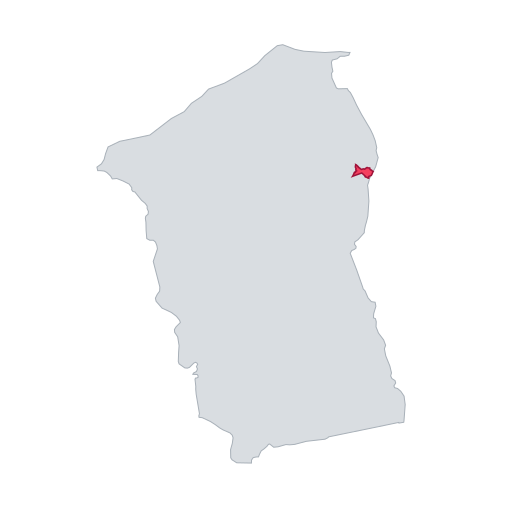 Dormaa West, Brong Ahafo, Ghana (highlighted), rotated 169°
{"feature_id": "2480657B11503231198633", "entity_name": "Dormaa West", "entity_type": "district", "adm_level": 2, "iso_a3": "GHA", "parent_name": "Ghana", "parent_adm1": "Brong Ahafo", "projection": "albers", "projection_center": [-2.874, 6.975], "detail": "fine", "context": "in_parent", "style": "filled", "palette": "rose", "viewbox_px": 512, "rotation_deg": 169, "n_neighbors": 0, "source": "geoboundaries", "source_scale": "gbopen_adm2", "svg_char_len": 5122}
<svg xmlns="http://www.w3.org/2000/svg" viewBox="0 0 512 512"><g transform="rotate(169 256 256)"><path d="M314.4,56.7L318.4,60.5L319.3,62.7L317.9,70.8L315.0,76.6L313.2,81.9L313.5,84.6L315.3,87.3L321.4,91.5L324.5,94.2L328.2,98.3L332.4,102.3L339.7,107.6L342.7,108.5L342.6,110.0L341.6,112.0L341.1,131.7L340.6,136.7L340.0,139.3L339.4,146.6L338.7,147.7L337.3,147.6L336.1,147.9L335.7,149.4L336.3,150.9L340.6,151.9L339.7,153.0L336.5,154.0L335.0,156.3L335.6,158.8L333.9,160.8L334.4,162.2L335.6,163.2L337.4,162.8L342.5,159.4L344.6,159.0L347.2,159.7L352.1,164.8L352.4,167.3L350.4,176.0L348.6,182.7L348.3,191.6L350.4,196.6L350.1,199.4L347.9,201.8L342.9,205.2L343.3,207.6L345.6,212.0L349.9,216.8L358.2,222.8L362.7,230.6L362.8,233.8L360.3,237.1L357.3,239.9L356.3,243.9L357.9,270.3L351.4,281.8L351.3,285.1L352.0,288.9L353.8,291.1L357.2,291.7L359.9,293.9L359.0,302.0L357.6,310.2L357.4,314.2L356.6,316.1L354.0,317.6L353.1,320.2L353.8,323.4L353.3,325.8L354.7,328.8L357.8,332.6L362.7,342.0L364.5,342.8L365.4,344.7L364.9,346.7L366.8,350.8L372.2,355.0L377.8,358.6L382.4,359.1L383.5,362.3L386.5,366.5L388.7,368.3L392.2,369.4L395.1,370.0L395.2,373.6L390.1,376.0L386.7,379.7L384.1,385.2L380.4,391.3L367.8,394.6L363.0,394.6L337.1,395.0L312.9,407.1L298.9,411.4L290.3,418.2L278.8,423.0L270.7,428.9L253.9,431.7L226.4,441.0L217.8,444.6L209.1,451.0L195.0,458.4L189.4,458.3L178.3,451.4L169.9,447.9L149.5,442.6L134.3,440.6L126.9,438.3L124.9,437.9L126.6,435.4L130.8,435.2L135.3,436.0L138.7,434.1L143.7,433.8L145.0,431.8L145.4,426.8L145.3,422.7L147.0,420.9L147.5,416.2L145.0,405.6L143.3,404.4L134.4,402.9L133.8,400.8L132.2,398.5L130.5,393.1L128.5,385.0L125.4,374.9L119.5,358.3L118.0,352.4L117.0,346.4L116.8,339.3L118.0,336.6L117.8,333.0L117.3,329.3L121.5,320.8L129.7,310.5L131.5,306.8L133.0,304.2L133.2,300.4L134.7,288.4L138.6,273.8L141.1,268.3L142.7,265.3L144.7,260.5L145.3,258.2L152.8,252.5L156.3,251.0L157.1,248.7L155.9,246.3L156.4,244.6L158.2,243.7L161.0,243.1L163.0,240.7L159.8,222.8L157.2,204.9L157.1,203.3L155.6,200.9L154.0,193.5L151.5,189.2L147.9,187.9L147.9,183.8L151.5,176.9L152.5,172.9L150.7,171.7L150.5,168.5L151.7,163.5L151.1,160.3L150.5,157.0L146.7,149.2L145.8,143.6L147.7,140.4L147.7,133.3L145.6,122.4L145.3,115.4L146.7,112.6L146.0,109.8L143.3,107.2L143.1,104.7L145.4,102.2L145.1,100.3L142.3,98.9L139.7,95.6L137.4,90.2L137.9,81.7L142.2,65.9L142.7,64.6L147.6,64.7L147.6,65.4L162.7,65.2L179.9,65.0L200.5,64.8L219.2,64.6L220.1,63.9L223.2,63.0L242.1,64.5L253.9,63.7L258.9,64.2L262.6,65.2L270.7,64.5L275.1,64.9L278.4,68.8L279.7,68.8L281.6,67.1L284.8,65.2L288.1,63.7L290.5,60.6L291.9,58.3L294.1,58.7L297.2,58.6L299.3,56.6L300.0,53.6L314.4,56.7Z" fill="#d9dde1" stroke="#a8b0b8" stroke-width="1"/><path d="M140.6,326.5L140.6,326.4L140.8,326.4L140.9,326.2L141.0,326.0L140.9,325.9L140.8,325.7L141.0,325.4L141.2,325.2L141.3,325.1L141.4,324.9L141.4,324.7L141.5,324.4L141.5,324.2L141.4,324.1L141.3,323.9L141.3,324.0L141.3,323.8L141.4,323.7L141.3,323.3L141.2,323.2L141.1,322.9L141.1,322.7L141.3,322.4L141.3,322.2L141.5,322.0L141.5,321.8L141.4,321.8L141.4,321.7L141.5,321.7L141.5,321.4L141.5,321.2L141.4,321.0L141.4,320.9L141.5,320.7L141.4,320.6L141.5,320.6L141.5,320.4L141.6,320.2L141.8,320.0L141.8,319.9L142.0,319.8L142.1,319.7L142.1,319.8L142.1,319.7L142.3,319.7L142.3,319.8L142.4,319.7L142.5,319.7L142.7,319.4L142.8,319.4L143.0,319.4L143.3,319.4L143.4,319.2L143.5,319.1L143.6,318.9L143.8,318.8L143.8,318.7L144.0,318.6L144.0,318.4L144.2,318.2L144.3,318.0L144.3,317.9L144.5,317.7L144.6,317.4L144.9,317.2L144.8,316.9L145.0,316.8L145.1,316.7L145.2,316.4L145.3,316.3L145.5,316.3L145.7,316.2L145.8,316.1L145.9,315.9L146.0,315.8L144.8,316.0L136.3,317.3L133.5,313.5L133.6,313.3L133.8,313.1L133.7,312.9L133.4,312.6L133.2,312.5L132.9,312.5L132.7,312.4L132.4,312.2L132.2,312.1L132.1,311.9L131.8,311.9L131.6,311.8L131.4,311.7L131.4,311.4L131.3,311.1L131.0,311.0L130.5,310.9L130.3,311.0L130.1,312.6L129.1,312.7L128.4,313.0L127.4,313.1L126.9,313.7L125.4,315.9L125.4,316.1L125.2,316.3L124.8,316.7L125.2,317.0L125.3,317.1L125.7,317.4L125.8,317.5L126.0,317.7L126.2,318.0L126.2,318.3L126.3,318.4L126.5,318.4L126.6,318.5L126.8,318.6L127.0,318.6L127.3,318.9L127.4,319.0L127.5,319.4L127.6,319.7L127.5,319.9L127.6,320.1L127.6,320.3L127.5,320.6L128.0,320.9L128.4,321.0L128.5,321.0L128.9,321.0L129.0,321.0L129.5,321.2L129.7,321.4L130.0,321.7L130.3,321.7L130.5,321.6L130.8,321.5L131.0,321.5L131.1,321.3L131.3,321.1L131.9,320.9L132.0,320.9L132.3,320.9L132.5,320.8L132.7,320.5L132.8,320.5L133.1,320.5L133.7,320.9L133.8,321.0L134.0,321.1L134.4,321.1L134.5,321.1L135.0,320.9L135.3,320.9L135.6,320.9L135.8,320.8L136.1,320.9L136.1,321.0L136.3,321.1L136.4,321.3L136.6,321.6L136.8,321.7L137.1,321.9L137.1,322.0L137.2,322.3L137.3,322.3L137.5,322.4L137.5,322.5L137.7,322.8L137.8,322.9L137.9,323.0L138.0,323.0L138.1,323.3L138.3,323.4L138.4,323.7L138.5,323.7L138.5,323.8L138.6,324.0L138.7,324.3L138.8,324.3L138.8,324.5L139.0,324.7L139.2,324.8L139.3,324.9L139.3,325.0L139.2,325.0L139.3,325.0L139.4,325.3L139.5,325.3L139.6,325.5L139.8,325.6L139.9,325.8L139.9,326.0L140.0,326.1L140.1,326.3L140.4,326.5L140.5,326.4L140.6,326.5Z" fill="#f43f5e" stroke="#9f1239" stroke-width="1.5"/></g></svg>